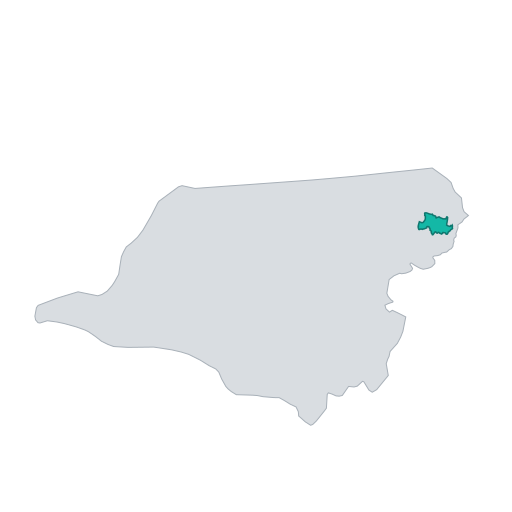 location of As-Sanamayn, Dar`a, Syria, rotated 207°
{"feature_id": "27442178B3893178613366", "entity_name": "As-Sanamayn", "entity_type": "district", "adm_level": 2, "iso_a3": "SYR", "parent_name": "Syria", "parent_adm1": "Dar`a", "projection": "mercator", "projection_center": [36.188, 33.104], "detail": "fine", "context": "in_parent", "style": "filled", "palette": "teal", "viewbox_px": 512, "rotation_deg": 207, "n_neighbors": 0, "source": "geoboundaries", "source_scale": "gbopen_adm2", "svg_char_len": 4891}
<svg xmlns="http://www.w3.org/2000/svg" viewBox="0 0 512 512"><g transform="rotate(207 256 256)"><path d="M90.6,187.4L94.5,187.8L102.8,192.9L104.2,192.7L106.7,186.0L109.2,183.8L114.3,181.8L115.8,170.9L118.2,168.9L121.1,167.7L125.5,167.5L129.4,166.9L129.7,165.0L124.2,152.4L124.7,149.2L127.3,136.5L129.0,131.6L130.5,130.0L136.7,130.6L145.3,132.8L147.6,136.5L151.8,139.7L158.2,139.5L165.4,140.1L171.1,140.3L175.7,138.0L186.0,133.8L191.1,132.4L195.7,130.5L210.6,123.5L216.5,124.0L220.6,124.9L223.7,126.1L230.7,130.8L236.5,135.7L240.6,137.1L247.9,137.0L258.4,137.9L271.4,137.8L279.0,136.5L288.6,134.1L305.8,128.4L328.5,116.5L341.8,110.7L347.6,110.0L355.0,109.9L362.5,111.4L371.0,112.5L374.9,112.4L384.1,111.2L396.0,108.8L403.5,106.8L412.5,103.6L418.1,98.2L420.0,97.6L422.3,98.6L423.4,99.0L425.7,102.0L428.1,110.0L428.1,110.8L427.7,113.1L421.8,119.6L413.8,128.4L408.0,134.0L398.3,143.3L391.1,145.3L378.9,148.7L375.7,151.9L372.6,157.2L370.8,164.4L370.3,168.9L370.0,177.3L372.9,185.9L375.6,194.3L375.9,199.7L375.7,205.2L373.0,210.9L370.1,218.8L368.5,227.7L367.6,244.4L367.6,258.5L367.3,260.8L362.3,270.8L356.5,282.4L353.8,285.1L341.0,288.5L327.0,297.0L311.3,306.5L297.1,315.0L282.2,324.0L266.8,333.3L255.7,340.0L241.0,348.9L227.5,357.3L213.8,365.9L203.5,372.4L187.7,382.7L178.5,388.7L164.9,397.5L153.0,405.2L138.9,414.4L121.2,411.7L115.6,410.1L111.0,405.7L107.6,403.4L99.3,401.0L93.9,392.8L90.7,389.9L85.1,388.5L87.5,383.3L87.9,379.8L90.3,375.5L88.8,372.7L88.1,366.8L87.0,365.3L86.6,363.8L87.5,361.9L87.1,359.9L86.2,359.1L85.7,356.1L84.9,353.9L85.3,351.2L86.6,349.5L87.9,346.1L89.3,345.1L91.7,343.0L92.3,340.8L94.5,338.7L97.3,336.9L98.0,335.5L97.6,334.7L94.7,333.2L93.2,330.4L94.5,326.3L95.4,325.0L97.2,323.1L101.0,320.1L104.0,319.6L106.6,319.6L111.0,319.8L114.4,320.3L115.2,319.6L115.1,318.6L110.9,316.1L110.7,314.2L111.7,312.1L114.7,308.8L118.2,306.3L120.1,305.9L124.1,301.0L126.7,295.5L122.5,282.2L120.0,280.0L115.8,278.2L113.4,277.9L113.2,277.0L116.5,273.7L118.8,270.7L116.2,267.9L111.6,266.6L109.9,269.5L104.1,269.7L94.9,269.7L90.9,255.5L90.3,249.4L90.4,242.3L93.2,231.8L91.9,227.0L91.8,223.7L91.1,219.2L83.9,209.6L87.8,191.7L90.6,187.4Z" fill="#d9dde1" stroke="#a8b0b8" stroke-width="1"/><path d="M104.9,358.7L104.7,358.8L104.4,359.8L103.7,360.1L103.3,360.0L102.9,359.8L102.7,359.8L102.7,359.7L102.4,359.7L102.2,359.7L102.2,359.8L101.9,359.9L101.4,359.9L100.9,359.8L100.6,359.8L100.4,360.1L100.1,361.1L100.3,361.6L100.1,361.9L99.8,362.0L99.5,362.0L99.2,362.0L98.8,362.3L98.4,362.4L98.0,362.5L97.5,362.5L96.7,361.8L96.1,361.9L95.6,362.2L95.4,362.8L95.4,363.4L95.4,363.6L95.6,364.2L95.6,364.3L95.5,364.5L95.5,364.8L95.4,364.9L95.4,365.0L95.3,365.3L95.2,365.3L95.2,365.5L95.0,365.8L94.9,365.9L94.8,366.0L94.7,366.1L94.6,366.3L94.5,367.1L94.4,367.4L94.4,367.9L94.1,368.3L93.8,368.8L93.4,369.3L93.4,369.8L94.3,370.9L94.3,371.1L94.5,371.9L95.0,372.4L95.1,372.5L95.1,372.4L95.3,372.3L95.3,372.2L95.4,371.9L96.3,371.6L96.2,370.9L96.3,370.9L96.4,370.7L96.5,370.7L96.8,370.5L96.9,370.4L97.0,370.4L97.3,370.3L97.3,370.2L97.5,370.2L97.8,370.1L98.0,370.1L98.3,370.0L98.5,370.0L100.0,370.0L100.0,370.3L100.5,370.9L100.8,371.6L101.1,372.8L101.2,373.1L101.3,373.4L101.8,375.0L102.1,375.8L102.6,377.0L102.7,377.3L103.2,377.6L103.7,377.6L103.9,376.9L103.7,376.4L103.8,375.8L103.6,375.6L103.6,375.4L104.1,375.0L104.8,374.8L105.2,374.5L106.4,374.0L106.8,374.0L107.3,374.0L108.3,373.9L109.4,373.7L109.8,373.8L110.0,374.0L110.5,374.0L111.1,373.6L111.3,373.2L111.7,373.0L112.0,372.6L112.7,371.7L113.0,371.7L113.5,372.5L113.8,372.9L114.3,373.1L115.3,372.8L115.8,372.9L116.6,372.5L117.0,372.9L117.2,373.0L117.6,373.1L117.9,373.3L118.1,373.0L118.5,372.8L120.5,372.2L121.5,372.1L122.6,372.0L124.0,371.7L124.4,371.5L124.6,371.3L125.1,371.0L125.1,370.9L125.1,370.6L125.0,370.4L124.9,370.2L124.4,369.7L124.3,369.3L124.1,368.7L123.9,368.6L123.7,368.6L123.2,368.5L122.9,367.8L122.3,366.6L122.1,366.1L121.9,365.5L121.8,364.8L121.9,364.1L122.2,362.3L122.3,361.9L122.5,361.6L123.0,361.2L123.5,360.9L124.3,360.9L124.5,360.9L124.8,360.8L125.7,360.7L126.0,360.7L125.9,360.2L125.6,358.5L125.2,356.7L124.8,356.4L124.8,356.2L124.9,355.9L124.5,355.2L124.1,354.6L123.7,354.4L123.5,354.0L123.0,353.6L122.6,353.6L122.1,354.2L121.8,354.6L121.4,354.8L120.8,355.0L120.5,355.3L119.6,355.4L119.4,355.8L119.1,356.2L118.7,356.3L118.4,356.6L117.7,357.4L116.7,358.5L117.0,359.9L116.9,360.0L115.4,360.6L115.1,360.5L114.7,360.0L114.3,359.7L113.8,359.7L113.5,359.3L113.0,359.0L112.9,358.5L112.8,358.2L112.7,358.0L112.4,357.9L112.2,357.9L111.9,357.9L111.7,357.9L111.5,357.7L111.4,357.7L111.2,357.6L110.9,357.5L110.9,357.4L110.8,357.2L110.7,357.0L110.7,356.9L110.6,356.7L110.4,356.5L110.4,356.4L110.2,356.3L110.2,356.2L109.9,356.0L109.9,355.9L108.9,355.4L108.5,355.0L108.2,355.1L108.0,355.3L107.7,356.8L107.5,358.5L107.1,359.0L106.8,359.1L106.3,358.9L106.1,358.7L105.7,358.5L104.9,358.7Z" fill="#14b8a6" stroke="#0f766e" stroke-width="1.5"/></g></svg>